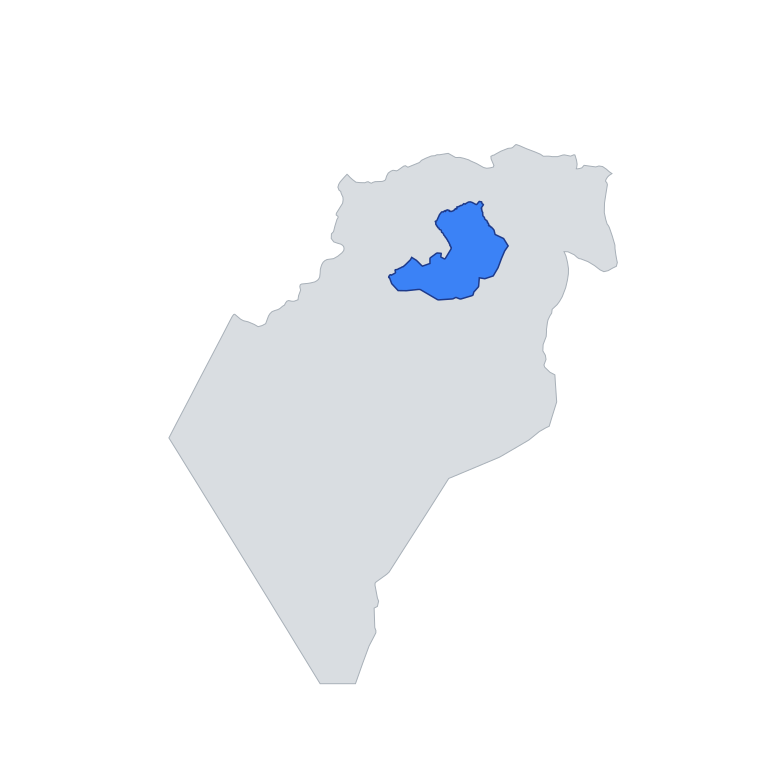 Guéra highlighted on a map of Chad, rotated 208°
{"feature_id": "TCD-1474", "entity_name": "Guéra", "entity_type": "Prefecture", "adm_level": 1, "iso_a3": "TCD", "parent_name": "Chad", "parent_adm1": "", "projection": "natural_earth1", "projection_center": [19.056, 11.461], "detail": "fine", "context": "in_parent", "style": "filled", "palette": "blue", "viewbox_px": 768, "rotation_deg": 208, "n_neighbors": 0, "source": "natural_earth", "source_scale": "10m", "svg_char_len": 8593}
<svg xmlns="http://www.w3.org/2000/svg" viewBox="0 0 768 768"><g transform="rotate(208 384 384)"><path d="M548.6,235.4L548.8,251.9L548.9,268.4L549.0,284.8L549.2,301.3L549.3,317.8L549.4,334.2L549.5,350.7L549.7,367.2L549.7,372.6L549.3,374.8L549.1,375.1L548.5,375.5L541.1,373.9L537.8,373.9L533.2,375.1L526.5,375.7L522.1,375.5L519.1,378.3L516.8,381.7L517.9,389.9L517.7,392.6L516.8,395.4L514.7,397.8L512.7,399.8L511.5,401.5L510.0,405.2L508.9,406.9L509.0,409.2L508.6,411.6L507.4,412.9L504.3,413.8L502.2,414.9L500.6,416.7L499.5,418.0L500.1,419.7L500.9,422.0L501.4,425.7L501.7,427.8L503.3,429.5L504.2,430.8L504.5,432.3L503.7,433.6L499.8,436.2L498.3,437.2L496.5,438.6L495.9,439.1L493.1,441.6L491.7,443.8L491.0,445.7L491.0,448.2L492.5,452.1L494.0,455.3L494.6,457.8L495.0,460.4L494.9,463.0L494.1,465.2L492.7,467.2L487.4,471.0L484.8,475.1L482.7,480.1L482.2,482.9L482.8,484.7L483.9,486.2L485.5,487.0L487.8,487.2L491.6,486.4L495.1,485.9L498.9,487.7L500.9,491.9L500.1,494.9L501.5,500.5L502.8,507.2L502.7,509.5L503.3,510.4L505.6,510.8L506.2,512.4L505.4,524.2L506.6,527.5L508.1,529.8L509.9,531.1L511.7,532.6L512.6,533.7L514.7,534.0L517.1,536.1L517.7,539.0L517.6,541.8L516.2,547.8L515.1,551.8L513.8,551.5L511.0,550.5L507.7,549.7L503.5,549.0L499.6,550.6L495.4,552.7L494.1,554.3L492.9,555.2L491.0,555.1L489.3,555.4L488.4,556.9L486.8,558.5L480.7,562.0L479.5,563.3L478.7,564.5L478.7,565.9L479.3,568.7L479.3,572.2L478.0,575.0L476.4,576.9L474.6,577.6L473.1,578.0L472.1,579.2L468.9,585.6L467.5,586.8L464.7,586.6L456.7,596.2L455.9,599.1L453.0,603.1L449.2,607.6L445.9,609.7L445.6,610.5L444.7,611.4L442.7,612.4L435.6,617.8L427.1,617.6L423.3,619.7L419.6,620.7L414.3,621.7L412.6,621.6L405.8,622.1L397.7,621.9L394.6,622.7L391.7,624.7L389.6,626.6L389.2,627.2L389.6,627.9L389.5,628.5L395.1,633.0L396.5,635.2L395.1,637.3L394.4,637.6L393.4,639.4L390.1,644.4L385.1,650.3L382.5,652.0L381.5,653.1L380.1,657.1L379.3,657.6L375.8,658.1L369.0,658.6L359.5,659.8L353.8,660.3L350.3,659.9L345.3,662.6L343.5,663.3L342.4,663.6L337.5,666.2L333.4,670.3L332.0,671.1L326.2,672.8L323.9,675.6L322.9,675.8L319.2,672.1L316.7,668.8L315.4,665.3L315.3,664.3L314.6,664.5L312.6,666.0L310.8,667.7L310.0,671.0L304.0,673.2L298.9,675.1L296.6,677.4L293.1,678.6L288.5,678.1L284.9,677.2L281.5,676.8L283.1,673.9L283.8,671.7L284.0,668.9L283.7,667.1L281.6,666.2L280.3,664.8L277.4,656.2L274.3,647.4L270.0,638.8L265.4,633.3L262.0,629.9L260.9,629.5L259.1,628.4L257.9,627.4L251.7,621.6L245.3,615.0L243.6,612.0L240.4,607.5L236.8,602.9L235.0,600.8L234.1,597.0L236.6,593.6L239.3,589.3L242.6,586.4L246.8,586.2L253.8,587.4L261.3,587.8L268.8,586.9L270.7,586.3L272.6,586.4L276.6,587.4L283.6,587.1L287.2,585.4L283.4,582.4L279.2,577.7L275.3,572.5L272.9,567.8L270.8,561.8L268.8,554.3L267.6,544.7L267.8,539.2L268.4,535.3L270.6,528.9L269.2,525.2L269.5,522.2L269.3,517.7L268.7,515.4L266.0,508.0L265.4,507.2L263.1,502.1L262.0,493.5L259.3,487.8L255.0,485.1L252.5,481.8L251.7,475.9L250.0,474.3L243.1,472.3L237.4,472.3L233.3,465.6L228.0,457.1L223.1,449.2L220.1,433.3L218.3,424.2L220.4,421.5L224.5,415.0L229.7,402.7L241.5,383.5L247.6,373.7L259.5,359.1L274.2,341.1L282.5,331.0L283.9,312.5L285.4,293.0L286.6,278.2L288.0,260.7L289.2,246.1L290.0,235.5L291.2,220.3L292.2,217.4L298.0,205.6L298.4,204.0L297.4,202.0L289.3,191.9L286.8,189.7L285.4,184.5L287.5,181.5L277.8,164.6L275.4,162.5L274.4,160.5L274.3,157.4L274.2,145.7L271.7,127.4L268.5,106.0L279.9,99.9L288.6,95.3L299.7,89.4L309.9,95.4L324.8,104.2L339.6,112.9L354.4,121.7L369.3,130.4L384.1,139.2L399.0,147.9L413.9,156.7L428.8,165.4L443.8,174.2L458.7,182.9L473.7,191.7L488.6,200.4L503.6,209.2L518.6,217.9L533.6,226.7L548.6,235.4Z" fill="#d9dde1" stroke="#a8b0b8" stroke-width="1"/><path d="M338.3,530.7L344.4,524.3L349.7,522.5L346.5,515.1L346.3,514.5L346.3,513.9L346.4,513.4L347.9,507.2L347.6,506.3L347.2,504.3L347.8,503.3L356.0,495.2L356.6,494.9L357.1,494.7L360.7,494.3L361.1,494.2L361.5,493.8L363.0,491.7L363.9,491.0L375.3,483.9L375.9,483.7L376.5,483.6L395.7,484.4L396.1,484.4L396.7,484.3L398.4,483.4L408.0,476.9L415.4,473.1L424.3,476.2L428.9,480.3L429.1,480.4L429.3,480.4L429.6,480.2L429.8,480.3L430.0,480.5L430.2,481.0L430.1,481.6L430.2,482.4L430.1,482.6L430.0,483.0L429.7,483.4L429.4,483.6L429.2,483.6L428.8,483.5L428.7,483.5L426.4,486.9L426.2,487.4L426.2,487.7L426.2,487.9L426.4,488.2L427.4,489.3L427.6,489.6L427.7,489.8L427.6,490.1L427.5,490.3L427.0,490.7L426.5,491.0L426.4,491.0L426.0,491.4L425.8,491.7L425.0,493.0L423.9,494.3L423.1,495.6L422.9,495.9L422.7,496.1L422.5,496.3L422.3,496.4L422.1,496.7L422.0,497.0L421.1,499.3L419.0,506.0L419.0,506.7L419.0,508.8L413.4,508.4L406.8,506.4L405.4,506.1L400.0,512.0L402.2,516.1L402.4,516.7L402.3,517.2L402.1,517.7L399.1,524.0L398.6,524.5L398.2,524.8L395.4,526.0L395.0,526.2L394.8,526.1L394.6,525.8L393.7,523.3L393.5,522.9L393.2,522.8L389.5,522.8L389.1,523.0L388.9,523.3L388.8,523.8L388.2,534.5L388.3,534.8L388.3,535.1L388.5,535.4L388.5,535.6L388.6,535.9L388.7,536.1L388.8,536.2L389.4,536.3L389.6,536.4L389.7,536.5L389.8,536.7L389.9,536.8L390.0,537.0L390.3,537.1L390.7,537.2L390.8,537.2L390.9,537.3L391.0,537.5L391.2,537.9L391.2,538.0L391.3,538.1L391.5,538.2L391.6,538.3L391.8,538.4L392.2,538.5L392.3,538.6L392.8,539.1L394.1,540.0L394.8,540.2L395.1,540.4L395.1,540.5L395.3,540.8L395.5,540.9L396.0,541.1L396.6,541.4L397.3,542.0L397.6,542.1L398.1,542.1L398.3,542.2L398.5,542.2L398.6,542.4L398.7,542.5L398.8,542.6L399.1,542.8L399.7,543.0L400.1,543.3L400.4,543.4L401.0,543.5L401.3,543.7L401.4,543.8L401.7,544.2L401.9,544.3L403.1,545.0L403.4,545.1L403.9,545.0L404.1,545.0L404.3,545.0L404.5,545.1L404.7,545.3L404.8,545.5L405.2,546.1L405.4,546.4L405.5,546.5L406.0,546.7L406.4,546.7L406.6,546.7L407.1,546.5L407.3,546.5L407.5,546.5L407.8,546.6L408.3,547.1L408.5,547.3L408.8,547.4L409.2,547.3L409.4,547.3L409.6,547.3L410.0,547.6L410.5,547.8L410.6,548.0L410.9,548.2L411.1,548.2L411.4,548.3L411.6,548.4L411.8,548.4L411.9,548.6L412.1,548.8L412.4,549.0L412.8,549.1L413.0,549.1L413.2,549.4L413.7,550.1L413.9,550.6L414.0,550.9L414.1,551.1L414.3,551.2L414.5,551.2L414.7,551.3L414.9,551.4L415.0,551.7L415.0,551.9L414.9,552.0L414.4,552.4L414.2,552.7L414.1,553.3L414.5,559.7L413.9,562.9L413.3,563.4L412.5,563.7L412.4,563.9L412.4,564.1L412.3,564.5L412.1,564.7L411.9,564.8L411.8,565.0L411.6,565.6L411.4,565.7L411.3,565.8L411.2,565.6L411.0,565.3L410.7,565.3L410.7,565.6L410.7,565.8L410.7,566.0L410.0,567.4L409.8,567.5L409.6,567.5L409.3,567.5L408.6,567.8L408.2,567.8L407.8,567.9L407.5,567.9L407.4,567.7L407.4,567.4L407.4,567.2L407.1,567.2L406.9,567.3L406.6,567.5L406.4,567.6L406.1,567.7L405.8,567.8L405.6,568.1L405.3,568.2L405.1,568.4L404.6,569.0L404.2,569.5L404.1,569.8L403.7,570.2L403.6,570.5L403.7,571.1L403.7,571.3L403.4,571.5L403.2,571.6L403.2,571.9L403.2,572.1L403.2,572.3L403.1,572.5L402.8,572.7L402.4,572.6L402.1,572.7L402.0,572.8L402.0,573.0L402.3,573.3L402.4,573.5L402.3,573.9L402.3,574.1L402.6,574.4L402.7,574.6L402.4,574.8L402.2,574.8L402.0,575.0L401.9,575.2L401.8,575.4L401.6,575.6L401.2,575.9L401.0,576.1L400.8,576.3L400.7,576.5L400.6,577.0L400.3,577.3L400.2,577.6L399.9,577.8L399.7,577.9L399.4,578.0L399.2,578.2L399.1,578.4L398.6,579.5L398.4,580.2L398.3,580.6L398.2,580.7L397.8,580.6L397.6,580.7L397.2,581.0L396.9,581.2L396.7,581.1L396.5,581.4L396.4,581.8L396.2,582.2L396.0,582.4L395.6,583.2L395.1,583.9L394.7,584.4L394.3,584.7L393.1,585.4L391.3,585.7L387.0,585.7L386.6,585.9L386.4,586.2L385.7,589.6L385.6,589.9L385.4,590.0L384.5,590.2L383.9,590.5L383.5,590.6L383.3,590.6L382.9,590.2L382.3,589.5L382.1,589.3L381.9,589.3L381.7,589.3L381.4,589.3L381.1,589.2L380.9,589.2L380.6,589.0L380.4,588.9L380.7,585.6L380.7,585.3L380.7,585.1L380.7,584.9L380.4,584.7L380.1,584.5L379.9,584.5L379.8,584.3L379.7,584.2L379.6,583.8L379.6,583.6L379.1,583.2L378.9,583.1L378.3,582.3L378.1,582.2L377.8,582.1L377.6,582.0L377.5,581.9L377.3,581.7L376.9,580.9L376.7,580.4L376.6,580.2L376.3,580.0L376.1,579.7L375.9,579.2L375.7,579.0L375.6,578.9L373.8,578.3L373.5,578.1L373.3,577.9L373.1,577.7L372.7,577.1L372.3,576.9L372.0,576.9L371.3,576.6L370.0,576.6L369.8,576.5L369.7,576.4L369.5,576.1L368.8,575.8L368.7,575.7L368.5,575.2L368.4,575.0L368.2,575.0L367.6,574.9L367.4,574.9L367.2,574.6L366.7,574.4L366.4,574.2L366.3,573.6L366.3,573.4L366.2,573.2L365.9,573.0L365.6,572.9L365.4,573.0L365.2,573.2L365.0,573.4L364.8,573.4L364.7,573.3L364.5,573.0L364.3,572.9L363.7,572.8L363.4,572.7L363.1,572.7L362.8,573.0L362.7,573.0L362.6,572.9L362.4,572.8L362.3,572.7L362.0,572.6L361.2,572.4L360.8,572.3L360.6,572.2L360.2,571.9L359.8,571.8L359.5,571.7L359.3,571.6L359.1,571.5L356.4,568.5L356.2,568.3L356.0,568.2L346.7,568.6L339.2,564.2L339.9,558.1L339.2,549.9L337.9,540.1L338.3,530.7Z" fill="#3b82f6" stroke="#1e3a8a" stroke-width="1.5"/></g></svg>